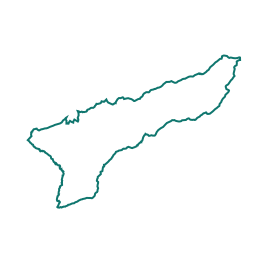 the district of Muereasca, Vâlcea, Romania, rotated 102°
{"feature_id": "2599482B47458721645660", "entity_name": "Muereasca", "entity_type": "district", "adm_level": 2, "iso_a3": "ROU", "parent_name": "Romania", "parent_adm1": "Vâlcea", "projection": "robinson", "projection_center": [24.285, 45.218], "detail": "fine", "context": "isolated", "style": "outline", "palette": "teal", "viewbox_px": 256, "rotation_deg": 102, "n_neighbors": 0, "source": "geoboundaries", "source_scale": "gbopen_adm2", "svg_char_len": 5862}
<svg xmlns="http://www.w3.org/2000/svg" viewBox="0 0 256 256"><g transform="rotate(102 128 128)"><path d="M201.8,146.8L201.2,146.5L198.9,146.5L197.7,145.7L197.2,145.0L196.3,144.7L195.0,144.9L193.1,144.7L192.2,145.2L192.0,145.5L191.7,145.7L189.9,145.9L188.1,145.8L187.0,146.0L186.8,146.2L186.5,147.1L186.1,147.5L184.2,147.5L183.3,147.2L182.1,147.4L178.8,145.0L178.3,145.1L177.0,145.7L176.5,145.7L175.8,144.4L175.5,144.1L172.3,144.3L171.2,144.2L170.9,144.1L170.7,143.4L170.4,143.3L169.0,143.8L168.8,143.1L166.2,141.1L164.6,140.0L163.4,139.5L163.0,139.1L161.3,137.8L160.1,137.6L159.7,137.2L157.3,136.5L156.6,135.9L154.9,135.0L153.8,134.8L152.7,132.9L152.0,132.3L150.9,129.5L150.0,129.0L149.2,128.2L149.0,126.9L148.4,125.5L148.0,125.2L147.0,124.7L146.3,123.5L146.5,122.9L146.5,122.1L146.8,120.4L146.7,119.5L146.1,118.8L145.3,117.3L144.7,116.8L144.2,115.8L142.7,115.4L142.6,115.1L142.7,114.8L141.8,114.6L140.0,113.4L139.9,113.1L138.6,112.4L138.8,112.0L138.3,112.0L137.3,111.4L133.9,111.2L131.7,110.5L131.1,109.9L130.1,109.7L130.5,108.7L130.4,107.9L130.5,107.1L131.3,106.1L131.2,105.4L130.2,103.5L130.3,102.2L130.0,100.6L129.8,100.2L128.6,99.6L126.1,99.1L123.8,98.0L121.4,95.9L119.6,93.8L116.5,92.0L115.0,91.0L112.4,87.5L111.1,86.4L111.0,85.3L110.6,84.3L111.0,83.1L111.1,82.2L111.1,79.9L110.8,78.6L110.2,77.4L109.2,76.7L108.1,73.0L107.2,72.4L106.5,71.6L106.0,70.8L106.0,70.3L106.7,69.3L106.9,68.6L106.7,66.7L106.1,65.0L106.3,64.5L106.2,64.1L105.7,63.5L103.6,62.3L101.8,60.1L100.7,59.7L99.9,58.6L97.9,57.2L97.5,56.2L96.5,54.9L96.7,54.5L97.5,53.9L97.7,52.8L97.0,50.9L94.1,48.5L91.3,46.6L90.1,45.4L88.3,44.1L87.7,43.4L87.3,43.2L85.6,43.4L82.9,42.1L81.9,42.1L79.6,41.3L77.2,39.7L75.3,39.6L72.6,37.7L71.9,37.3L70.8,37.0L70.3,37.0L70.0,37.4L69.5,39.8L67.8,40.8L66.9,41.1L66.0,40.7L64.5,39.1L59.9,37.2L58.7,36.3L56.1,35.3L55.0,34.6L54.8,34.7L54.4,35.1L53.3,35.9L52.1,36.0L48.2,35.9L47.5,36.1L47.1,36.6L46.5,36.8L45.3,36.3L44.0,34.8L41.9,35.0L40.4,35.5L40.2,35.4L39.0,34.1L38.3,33.0L38.2,32.5L35.8,33.1L35.7,33.3L35.8,33.9L36.8,35.5L37.5,37.6L37.7,39.4L37.7,41.9L37.8,42.4L38.4,43.5L38.0,44.7L37.0,46.2L37.1,48.7L37.2,49.4L37.9,50.6L38.4,51.0L39.2,50.7L40.8,50.9L41.1,52.1L41.3,52.4L44.4,54.8L45.6,56.1L48.4,57.8L51.4,60.2L54.3,61.2L55.0,61.8L55.3,62.3L56.8,63.1L59.1,65.2L59.7,65.9L59.7,66.3L60.1,66.9L59.7,68.1L59.7,68.3L60.2,68.6L60.1,68.9L60.3,69.3L59.8,69.7L59.9,70.1L60.6,70.9L62.4,73.6L64.0,74.9L64.2,75.4L64.6,77.8L65.3,79.3L68.0,82.5L68.2,83.5L68.9,84.9L70.1,86.0L71.9,88.7L73.4,89.9L73.7,90.5L74.0,91.3L74.0,92.1L73.8,92.7L73.6,93.7L73.1,95.3L74.2,96.8L75.0,100.1L78.0,102.6L79.2,103.1L81.0,104.6L82.2,106.4L82.4,107.3L84.0,109.2L84.3,109.8L84.3,110.3L85.0,111.0L86.0,113.3L86.9,114.1L87.9,114.4L88.8,115.1L89.0,117.0L89.4,117.9L90.7,119.2L90.8,119.4L92.3,120.2L93.0,120.2L93.9,120.5L95.2,121.4L95.5,122.0L96.0,122.2L96.9,122.3L97.5,123.8L97.8,124.3L100.2,127.1L100.3,127.9L99.5,129.3L99.0,131.0L99.0,132.2L98.8,133.9L99.1,134.9L100.5,137.9L99.2,139.0L99.1,139.6L100.3,141.4L100.6,143.1L102.0,144.2L105.1,145.3L106.3,145.2L106.3,145.9L107.2,146.6L107.4,147.2L108.2,147.7L108.1,148.7L107.2,152.7L105.9,154.2L104.6,155.1L105.8,155.9L106.7,156.3L107.3,156.8L107.4,157.2L107.2,157.8L107.5,158.3L107.4,159.4L108.9,159.7L109.5,160.1L110.8,162.6L110.9,163.9L112.2,164.2L113.2,164.9L114.1,165.0L115.5,166.2L115.8,167.9L116.1,168.5L118.0,170.3L118.5,171.4L119.0,171.7L120.2,171.8L120.7,172.3L120.9,172.9L121.5,174.0L121.6,175.0L122.0,175.6L121.6,176.6L122.2,177.6L122.3,178.1L122.5,178.5L121.9,179.6L121.9,180.7L123.3,179.7L125.8,178.9L128.6,179.3L129.3,178.7L129.9,178.6L130.2,178.3L131.5,178.2L132.1,178.4L130.9,182.2L132.9,182.8L134.1,182.7L133.8,184.5L133.1,186.2L134.7,186.9L136.1,187.1L136.5,189.0L135.8,189.0L135.8,189.3L133.6,189.7L132.6,190.7L131.8,190.7L130.6,190.4L131.1,190.9L132.6,191.7L134.1,193.1L136.2,193.9L137.1,194.8L137.7,195.5L140.3,200.4L141.1,201.3L143.0,204.4L144.6,206.5L145.3,207.8L145.7,209.2L147.0,211.6L147.3,212.4L147.3,212.6L147.7,213.0L148.9,214.5L148.6,215.7L148.2,216.6L147.6,217.2L148.0,218.2L148.3,218.6L148.9,220.0L150.6,220.7L151.5,220.8L151.6,221.3L151.9,221.3L152.4,221.8L152.9,221.7L153.3,221.4L153.6,221.4L153.7,221.5L154.9,221.4L156.0,220.7L160.7,223.5L161.7,221.5L162.5,220.9L163.2,219.4L164.0,218.5L164.1,217.4L165.4,216.7L165.9,216.0L165.8,215.5L166.7,214.4L167.0,213.4L166.9,213.2L167.1,211.9L167.0,211.2L167.4,210.7L167.2,210.3L167.9,209.9L168.1,209.1L168.4,209.0L168.9,209.1L169.0,209.0L169.0,208.7L168.5,208.4L168.4,208.0L168.5,207.2L168.5,206.8L168.1,206.7L168.1,206.4L168.2,205.2L168.7,204.3L169.0,204.3L169.2,204.0L169.9,201.9L171.2,199.5L171.3,198.9L171.7,197.9L172.3,197.4L173.8,196.8L174.0,196.4L174.1,195.1L174.9,194.8L176.6,193.6L177.1,191.8L177.6,192.1L178.2,191.6L178.3,191.5L177.5,190.9L177.8,190.5L178.5,190.2L178.5,189.3L179.1,188.4L179.1,187.4L178.8,187.1L179.1,186.7L180.0,186.3L181.0,186.6L182.0,186.1L182.1,185.5L181.8,184.8L182.2,184.8L183.2,184.1L183.3,183.9L183.1,183.5L183.6,182.7L183.8,183.1L184.1,182.9L184.6,182.2L185.1,182.1L186.1,181.4L187.9,181.6L188.1,182.1L188.9,181.9L192.5,182.0L193.2,181.4L193.8,181.5L195.2,181.2L195.5,181.5L196.6,180.8L197.1,180.9L197.5,180.7L198.9,182.2L199.7,182.4L200.0,182.2L200.7,182.2L201.5,182.7L202.2,182.7L203.3,182.3L204.6,182.5L206.7,182.3L207.2,182.2L207.2,181.8L208.2,181.9L209.5,182.8L210.1,182.6L211.1,182.8L212.8,182.7L213.9,182.2L214.1,181.2L213.6,180.5L214.5,179.3L215.1,179.2L215.5,179.6L218.6,180.2L220.0,180.7L220.3,180.2L220.2,178.6L219.4,177.6L219.6,176.5L219.4,176.2L219.2,176.2L218.9,175.8L218.5,174.7L218.1,174.3L218.0,173.1L217.2,172.3L216.4,170.9L215.6,170.6L215.1,169.2L213.4,166.9L212.8,165.1L211.6,164.1L210.7,162.5L210.0,161.7L209.5,161.5L207.7,159.1L207.3,158.0L206.9,157.6L205.8,155.1L205.3,154.4L204.9,153.7L204.5,151.1L204.3,150.7L204.2,148.7L203.2,147.7L202.3,147.2L201.8,146.8Z" fill="none" stroke="#0f766e" stroke-width="2"/></g></svg>